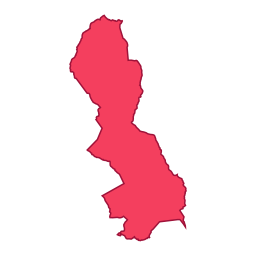 the district of Opatoro, La Paz, Honduras
{"feature_id": "27666195B51886309725377", "entity_name": "Opatoro", "entity_type": "district", "adm_level": 2, "iso_a3": "HND", "parent_name": "Honduras", "parent_adm1": "La Paz", "projection": "mercator", "projection_center": [-87.876, 14.039], "detail": "fine", "context": "isolated", "style": "filled", "palette": "rose", "viewbox_px": 256, "rotation_deg": 0, "n_neighbors": 0, "source": "geoboundaries", "source_scale": "gbopen_adm2", "svg_char_len": 5779}
<svg xmlns="http://www.w3.org/2000/svg" viewBox="0 0 256 256"><path d="M75.6,55.1L74.9,56.9L74.5,57.4L73.8,58.0L72.4,58.8L71.7,59.6L71.3,61.2L70.1,64.1L70.1,64.5L70.4,64.7L70.5,65.0L70.5,65.8L70.0,68.2L70.2,69.0L70.7,69.9L70.4,70.7L70.6,71.4L70.8,71.7L71.2,71.9L72.0,71.7L72.5,71.7L73.6,72.6L73.8,73.2L73.8,74.4L74.4,76.1L74.5,77.4L74.8,78.0L75.5,78.4L76.2,78.4L87.1,93.2L88.8,93.4L89.4,93.8L89.8,94.7L90.0,96.2L90.5,97.6L92.0,100.5L92.6,101.2L93.2,102.3L94.7,103.1L95.9,103.8L96.9,104.1L98.1,104.8L99.3,106.3L99.9,106.8L100.4,107.6L98.8,108.6L98.0,109.9L98.3,111.5L98.7,112.4L98.7,113.4L99.0,113.9L99.0,114.5L98.7,115.2L98.8,115.9L98.6,116.1L97.0,116.5L96.5,117.1L96.3,117.4L96.6,118.7L96.5,119.1L96.4,119.4L96.0,119.6L102.1,128.2L97.4,139.5L87.2,150.0L88.0,150.7L89.0,151.1L89.4,151.4L89.8,151.6L90.9,152.9L91.7,153.3L91.8,154.2L91.9,154.5L93.5,155.1L94.0,155.9L94.6,156.5L95.8,156.8L96.4,157.4L97.4,157.4L99.6,157.8L100.1,158.3L101.8,159.3L102.5,159.8L103.1,159.5L103.3,159.7L103.5,160.1L104.9,160.4L106.2,160.5L107.1,161.0L108.3,161.4L109.5,161.3L109.8,161.3L110.0,161.6L110.1,162.1L110.2,165.1L110.6,166.0L110.9,166.4L111.3,166.6L113.5,168.7L114.8,169.2L114.9,169.5L114.9,170.0L115.0,170.5L116.2,171.5L117.2,172.6L119.1,173.9L119.7,174.6L124.0,183.6L102.2,195.8L103.6,197.1L104.2,197.8L104.7,198.9L105.2,200.7L108.2,205.2L108.4,205.7L108.6,207.0L108.8,207.5L109.2,208.0L110.0,208.8L109.9,209.6L109.9,210.7L109.6,211.8L109.8,212.1L110.5,212.5L110.7,213.5L110.6,214.1L110.1,215.1L109.9,216.0L109.8,216.7L110.0,217.6L112.7,217.7L116.6,217.4L117.6,217.4L119.2,217.8L120.1,217.8L121.8,217.4L123.6,216.3L127.4,219.7L126.3,221.1L125.3,222.0L123.8,224.7L123.9,226.2L124.4,227.8L124.5,229.2L124.4,230.1L124.1,230.8L123.9,231.0L123.6,231.1L121.3,231.3L121.0,231.6L120.5,232.6L120.1,232.8L119.0,233.0L118.1,233.9L117.4,234.7L118.9,235.4L120.4,235.7L120.7,235.5L120.8,235.2L120.7,234.1L121.1,233.9L121.5,234.1L122.5,234.7L124.6,235.7L126.2,238.4L126.6,238.7L127.4,238.9L129.1,238.8L130.4,239.0L131.6,239.0L132.7,238.0L133.8,237.7L134.1,236.9L134.4,236.7L134.6,237.0L134.6,237.4L134.9,237.9L136.1,238.5L136.3,239.0L137.0,239.4L137.4,239.3L137.7,239.1L138.0,239.1L138.2,239.4L138.2,240.1L138.4,240.3L139.1,240.3L140.3,240.6L140.6,240.5L141.3,240.1L142.3,240.1L143.7,239.8L145.0,239.4L146.5,238.4L147.0,238.5L147.5,238.0L147.7,237.6L148.7,237.5L149.2,237.7L149.6,237.4L149.2,236.7L149.1,236.3L149.5,234.9L151.1,232.3L151.0,231.1L151.9,230.1L153.1,229.1L159.5,221.8L177.5,219.6L179.8,219.6L180.3,220.0L180.7,220.5L183.5,224.1L184.6,225.8L185.4,227.0L185.3,225.7L184.4,223.0L184.3,222.3L184.1,221.8L183.4,221.0L183.2,220.3L183.5,218.7L184.0,216.9L179.8,210.4L180.7,209.5L181.5,209.0L182.6,208.8L182.9,208.7L183.0,208.4L183.0,207.3L183.1,207.0L184.3,206.5L185.5,205.4L185.1,204.6L184.9,204.3L184.8,203.9L184.7,203.1L185.0,200.6L184.7,199.3L184.3,198.4L184.5,197.3L184.3,196.2L184.9,194.9L184.9,194.1L185.3,193.0L185.2,192.6L185.1,192.1L185.8,191.4L185.9,191.1L186.0,190.5L185.7,189.5L185.9,188.5L185.6,187.8L184.4,186.4L183.5,185.7L183.3,185.3L183.2,184.6L183.8,183.7L183.8,183.2L183.0,182.1L183.0,181.2L182.3,180.4L181.9,178.9L181.6,178.6L180.5,178.2L178.5,177.2L177.5,176.0L177.1,175.2L177.2,174.6L176.1,175.2L175.4,175.4L174.6,175.4L173.6,175.1L172.8,174.1L171.8,172.3L170.9,171.1L169.2,169.9L168.8,169.4L168.7,169.1L168.5,168.1L168.6,166.6L168.4,165.7L168.1,165.2L167.3,164.6L166.4,163.8L166.1,163.3L165.4,162.0L165.2,160.2L164.8,159.3L164.0,158.4L163.6,157.0L163.4,156.6L162.4,155.4L161.3,154.7L161.0,154.4L160.9,153.6L161.3,151.9L161.3,151.0L161.3,150.4L161.0,149.8L160.4,149.7L160.0,149.2L160.0,148.9L160.1,148.1L159.3,147.4L158.4,145.0L158.0,143.6L157.2,142.4L157.0,141.8L155.9,140.2L155.6,138.6L154.7,136.0L154.3,135.4L154.1,135.2L152.9,134.7L150.2,134.4L147.8,133.8L146.0,132.7L143.8,132.0L141.7,131.6L140.0,131.1L138.7,129.5L136.4,127.3L135.2,125.5L133.4,124.4L132.4,123.6L131.6,122.9L131.5,122.6L131.5,122.3L131.6,122.0L132.7,121.2L133.1,120.3L133.3,118.2L133.2,117.0L133.7,115.2L133.6,114.3L133.7,114.2L134.1,114.0L134.5,113.6L134.9,111.8L134.9,110.1L135.6,109.7L136.3,108.8L136.9,108.4L137.1,108.1L136.8,105.2L137.3,104.5L137.9,103.8L138.0,102.8L138.9,101.3L139.0,100.3L138.8,98.8L138.9,97.8L139.3,97.2L140.5,97.1L140.8,96.8L140.9,96.5L140.6,95.6L140.6,95.1L141.4,94.3L142.3,93.0L142.8,91.3L142.8,90.9L142.6,90.4L140.9,88.1L140.7,87.3L140.5,85.8L139.7,85.2L140.2,84.2L140.1,82.5L140.4,81.5L140.5,80.7L141.0,79.3L141.3,77.4L141.8,76.2L142.1,75.2L141.7,72.5L141.8,70.6L141.6,69.9L140.9,68.2L140.9,66.8L140.6,65.8L138.8,63.1L138.2,62.1L137.8,61.7L137.5,61.6L137.3,61.0L137.1,60.8L136.2,60.4L135.8,60.5L134.9,60.8L134.6,60.8L131.4,60.2L128.9,60.2L128.2,60.3L127.1,47.8L127.1,47.1L127.5,46.4L127.6,45.9L127.6,44.8L127.4,43.9L126.9,42.4L126.2,41.4L124.4,39.2L123.0,38.3L119.8,27.8L119.9,25.0L120.0,24.4L120.2,24.0L120.9,23.6L121.4,22.9L121.8,22.2L122.0,21.5L122.3,21.1L122.3,20.9L122.1,20.7L121.5,21.0L120.5,20.9L119.8,20.3L119.1,20.2L118.9,19.8L118.7,19.8L117.9,20.2L117.5,20.9L116.1,21.3L115.6,21.1L115.3,20.7L114.5,20.8L114.2,20.7L114.0,20.4L113.2,20.3L112.9,20.0L112.6,19.9L112.2,20.0L111.6,20.6L111.1,20.7L109.6,20.0L109.5,19.7L108.5,19.7L108.2,19.3L107.7,19.3L106.0,17.7L105.5,17.3L104.2,15.4L102.9,16.0L100.6,17.9L100.3,18.5L100.2,19.5L100.1,19.8L98.8,19.3L97.4,19.4L95.2,20.7L93.8,22.0L92.0,22.7L91.1,23.3L90.8,23.7L90.3,25.1L90.0,27.1L90.2,28.3L90.1,28.6L89.7,28.8L89.3,28.7L89.1,29.2L88.9,29.5L88.2,29.8L87.3,30.5L85.8,31.1L85.7,31.2L85.7,31.5L84.5,32.0L82.9,33.2L82.8,33.6L82.2,35.0L82.1,36.9L82.2,37.5L82.1,37.9L81.1,39.2L80.9,40.6L80.6,41.0L80.1,41.8L79.8,42.7L79.3,43.7L78.7,44.3L78.6,44.6L78.3,45.0L78.3,45.6L77.8,45.9L77.3,46.9L76.8,47.2L77.2,49.0L76.7,49.5L77.0,50.2L77.2,51.4L76.0,54.2L76.0,55.0L75.6,55.1Z" fill="#f43f5e" stroke="#9f1239" stroke-width="1.5"/></svg>